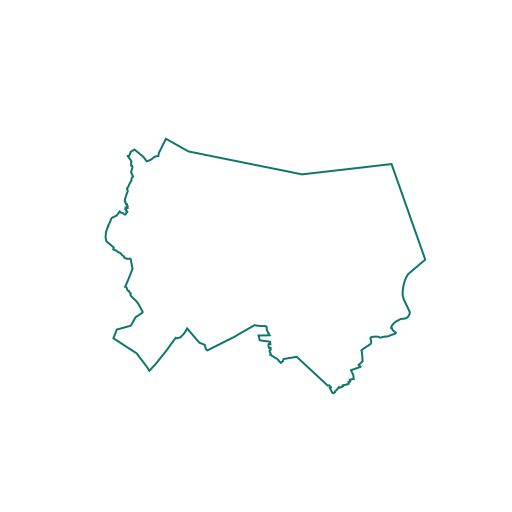 the district of Hole nor, Buskerud, Norway, rotated 144°
{"feature_id": "86288312B40631627404098", "entity_name": "Hole nor", "entity_type": "district", "adm_level": 2, "iso_a3": "NOR", "parent_name": "Norway", "parent_adm1": "Buskerud", "projection": "albers", "projection_center": [10.375, 60.042], "detail": "fine", "context": "isolated", "style": "outline", "palette": "teal", "viewbox_px": 512, "rotation_deg": 144, "n_neighbors": 0, "source": "geoboundaries", "source_scale": "gbopen_adm2", "svg_char_len": 5766}
<svg xmlns="http://www.w3.org/2000/svg" viewBox="0 0 512 512"><g transform="rotate(144 256 256)"><path d="M249.2,380.3L260.0,403.8L273.3,396.8L274.2,396.3L274.8,395.7L276.3,394.2L278.3,395.5L280.6,395.8L284.6,395.7L285.0,395.8L287.0,396.2L288.8,396.9L288.8,402.1L291.7,413.5L296.1,413.9L299.7,411.6L300.9,412.2L301.1,411.4L301.0,406.7L301.1,406.3L301.4,405.6L301.7,405.5L301.8,405.4L301.8,405.2L302.0,405.1L302.3,404.9L302.5,404.7L302.6,404.1L303.9,402.6L303.7,402.3L303.6,402.2L303.3,401.6L303.5,401.0L303.8,400.5L303.9,400.3L307.8,397.2L307.9,396.9L308.8,392.5L310.2,392.3L311.0,391.9L312.6,390.1L313.4,389.9L314.2,389.4L315.7,388.8L317.0,388.2L318.3,387.3L319.9,386.6L320.8,386.5L321.0,386.0L321.1,385.1L321.2,384.6L321.7,383.8L321.9,383.6L323.5,382.6L324.3,382.2L324.6,381.9L324.9,381.7L327.6,379.7L328.1,379.4L329.3,378.3L329.6,378.0L329.8,377.5L329.8,377.2L329.7,376.9L329.9,376.7L330.1,376.6L330.1,376.0L330.3,375.6L330.3,375.2L330.4,374.8L330.5,374.5L330.4,374.5L330.2,374.3L330.1,374.1L330.0,373.8L330.1,373.7L330.6,372.8L330.5,372.6L330.4,372.5L330.4,372.3L330.8,371.7L330.8,371.3L330.8,371.2L331.1,371.1L331.4,371.0L331.5,371.1L332.2,371.0L332.3,371.1L332.3,370.9L332.5,370.9L332.5,371.0L332.7,370.9L332.9,370.9L332.8,370.7L333.0,370.8L333.1,370.7L333.2,370.9L333.7,371.0L333.8,371.1L334.0,370.7L334.2,370.3L334.4,370.3L334.4,370.2L334.4,369.9L334.2,369.8L334.2,369.7L334.3,369.2L334.3,368.9L334.1,368.5L334.1,368.4L334.1,368.1L334.1,367.7L334.2,367.2L334.4,367.1L334.6,367.2L334.7,367.3L334.9,367.6L335.0,367.6L335.2,367.4L335.5,367.3L335.8,367.0L336.3,366.7L336.6,366.6L337.0,366.5L337.2,366.4L337.3,366.3L338.0,367.0L338.3,367.9L338.5,368.7L338.7,369.1L339.0,369.6L339.8,370.5L340.0,371.0L340.0,372.1L341.4,371.8L342.2,371.5L343.0,371.3L343.2,371.2L343.4,371.1L344.8,370.7L345.4,370.7L345.9,370.8L348.2,371.2L349.0,371.4L350.5,371.6L350.8,371.4L351.6,371.0L352.4,370.4L353.1,370.0L355.4,368.6L358.3,367.1L358.2,366.8L360.7,365.5L363.5,363.2L363.8,362.9L365.3,361.2L365.5,360.8L366.6,359.7L367.2,358.8L367.5,357.7L368.4,355.8L367.0,350.2L366.9,349.7L366.5,348.2L366.1,346.5L367.3,345.5L367.6,345.2L367.1,344.7L366.0,342.6L365.4,340.8L364.9,339.7L364.5,338.8L364.2,338.5L364.1,338.3L364.1,337.9L363.8,337.1L363.8,336.9L363.8,336.6L363.8,336.2L363.8,335.8L363.1,333.1L363.1,332.8L363.4,332.4L363.5,332.2L363.4,331.8L363.2,331.4L363.1,331.2L362.4,330.3L362.1,329.8L361.8,329.3L361.1,328.8L359.6,328.0L359.4,327.8L359.3,327.7L359.2,327.2L363.5,318.1L372.5,312.4L379.9,308.0L379.4,307.6L379.3,307.4L379.3,307.0L379.4,306.1L380.0,304.3L379.8,302.7L379.7,302.5L379.4,302.4L379.4,302.2L379.5,301.9L379.5,301.3L379.6,301.1L379.5,300.9L379.6,300.7L379.6,300.4L379.6,300.2L379.4,299.7L379.4,299.4L379.5,299.3L379.6,299.2L379.9,299.2L380.2,298.7L380.3,298.3L380.6,297.8L380.7,297.4L379.7,291.6L379.5,291.0L379.3,286.7L379.3,285.8L379.6,284.2L380.5,277.5L380.8,277.1L381.1,276.9L389.4,277.2L398.3,273.2L411.8,278.3L419.7,273.3L413.6,257.2L413.3,256.6L413.2,256.0L412.3,254.0L412.2,253.6L410.7,249.8L409.7,247.2L409.8,244.8L409.5,235.3L409.5,229.0L409.7,225.8L399.4,227.9L382.8,232.5L377.4,234.4L369.1,237.0L368.6,236.1L365.0,234.6L361.1,235.3L359.1,235.8L356.4,236.8L354.3,237.9L354.2,237.2L354.1,235.3L353.8,232.6L353.9,232.2L353.7,230.9L353.7,229.7L353.6,229.0L353.5,227.5L353.4,227.2L353.3,225.2L353.2,223.9L353.1,223.2L353.0,221.1L352.9,220.4L352.8,219.2L351.9,217.8L351.6,217.3L349.7,214.3L351.3,210.1L351.1,209.2L350.8,208.2L347.4,207.6L347.0,207.5L346.4,207.5L333.6,205.4L322.8,203.6L321.1,203.3L315.5,202.8L297.8,200.9L295.5,198.4L295.3,198.2L291.3,195.0L290.8,194.6L289.8,193.9L289.2,193.3L289.3,192.8L289.2,192.5L289.3,191.9L289.6,191.5L290.5,190.2L290.9,189.6L291.0,188.2L291.2,186.9L291.4,186.5L291.1,186.1L291.6,184.3L291.6,183.9L295.0,186.2L300.7,190.2L302.5,185.6L295.7,179.0L295.0,178.3L295.7,177.1L296.2,176.2L296.3,176.3L297.0,177.0L297.4,177.3L297.7,177.3L297.8,177.1L298.7,176.0L298.8,175.8L298.9,175.1L299.5,174.1L298.6,173.4L298.2,173.0L299.0,171.9L299.4,172.2L299.8,171.4L300.1,171.4L300.9,171.1L301.0,171.0L301.2,170.4L301.3,169.8L301.4,168.9L301.6,168.2L302.6,167.6L301.9,166.7L301.9,166.2L301.3,164.9L301.1,164.1L300.8,163.6L300.6,162.9L300.3,162.2L300.1,161.7L299.8,161.4L299.5,160.5L299.3,160.0L299.1,158.3L299.3,157.9L298.9,156.6L298.8,155.0L295.9,155.1L295.7,155.6L295.0,155.9L294.1,156.4L282.3,150.5L274.2,109.2L273.6,108.7L273.6,108.8L273.3,108.5L272.8,108.2L272.8,107.8L272.6,106.4L272.6,105.6L273.9,105.8L273.9,105.3L274.0,104.5L274.1,103.9L274.3,102.6L274.4,101.8L274.5,101.1L274.6,100.2L274.4,99.8L274.3,99.6L274.1,99.5L273.8,99.4L272.6,99.6L272.3,99.5L272.1,99.4L271.4,100.0L270.7,100.2L269.7,100.2L269.3,100.3L266.3,101.1L266.4,100.8L266.3,100.5L265.9,100.3L262.6,99.6L262.3,99.5L261.9,100.4L258.9,99.0L256.2,98.1L255.2,99.8L254.1,99.1L253.3,99.3L252.8,100.8L249.1,99.1L248.8,100.0L248.0,101.1L247.2,102.7L246.3,107.8L238.5,105.4L237.5,105.1L237.0,105.0L236.6,105.0L237.0,107.5L234.5,107.8L232.0,108.1L231.7,108.1L231.5,108.3L231.3,108.7L231.2,109.1L230.5,110.0L229.9,111.0L229.1,112.1L226.4,116.8L226.2,117.7L224.4,117.8L219.9,117.7L218.8,117.6L218.3,117.5L214.9,117.5L213.7,118.3L212.8,119.6L212.5,120.6L211.8,122.3L210.9,122.7L209.4,122.1L207.5,121.1L206.0,120.1L204.4,118.6L203.8,117.3L203.3,116.8L202.2,116.4L200.4,115.7L199.0,115.0L199.0,114.8L197.6,114.1L196.8,113.6L195.7,113.2L192.9,112.6L191.9,112.3L191.7,112.1L191.4,112.0L189.8,111.6L188.8,111.4L188.3,111.5L188.0,111.6L188.9,115.3L188.9,116.3L188.4,117.7L189.0,118.2L188.0,119.4L184.2,120.6L181.4,120.7L176.0,120.0L172.0,117.7L169.2,117.3L166.0,118.6L164.5,120.3L162.0,133.9L160.5,137.9L158.2,141.1L155.6,143.9L153.0,146.3L149.8,148.8L146.8,150.5L143.6,151.9L121.2,153.6L92.3,250.7L170.8,295.0L249.2,380.3Z" fill="none" stroke="#0f766e" stroke-width="2"/></g></svg>